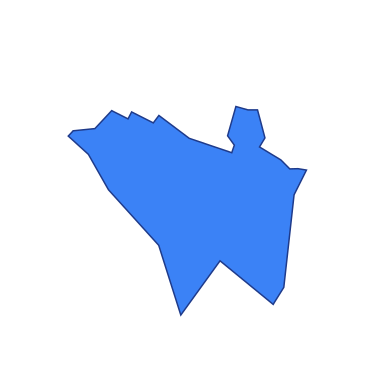 53, Ar Rayyān, Qatar, rotated 217°
{"feature_id": "91078587B25441317691063", "entity_name": "53", "entity_type": "district", "adm_level": 2, "iso_a3": "QAT", "parent_name": "Qatar", "parent_adm1": "Ar Rayyān", "projection": "mercator", "projection_center": [51.366, 25.28], "detail": "fine", "context": "isolated", "style": "filled", "palette": "blue", "viewbox_px": 384, "rotation_deg": 217, "n_neighbors": 0, "source": "geoboundaries", "source_scale": "gbopen_adm2", "svg_char_len": 587}
<svg xmlns="http://www.w3.org/2000/svg" viewBox="0 0 384 384"><g transform="rotate(217 192 192)"><path d="M113.8,278.4L121.4,274.4L127.8,269.3L140.2,271.1L165.2,268.6L166.3,279.1L180.0,289.9L189.1,297.0L196.8,291.2L208.4,286.7L197.4,258.3L186.4,254.9L183.9,247.3L226.5,233.2L264.5,233.2L264.5,223.9L288.4,219.6L287.1,211.9L303.6,208.9L305.1,208.7L307.7,184.2L323.8,169.3L323.8,168.6L324.5,162.2L297.4,159.7L263.5,145.0L260.0,143.5L186.5,129.4L126.9,87.0L128.2,153.9L59.5,151.1L59.8,153.8L61.3,171.1L108.8,251.2L113.8,278.4Z" fill="#3b82f6" stroke="#1e3a8a" stroke-width="1.5"/></g></svg>